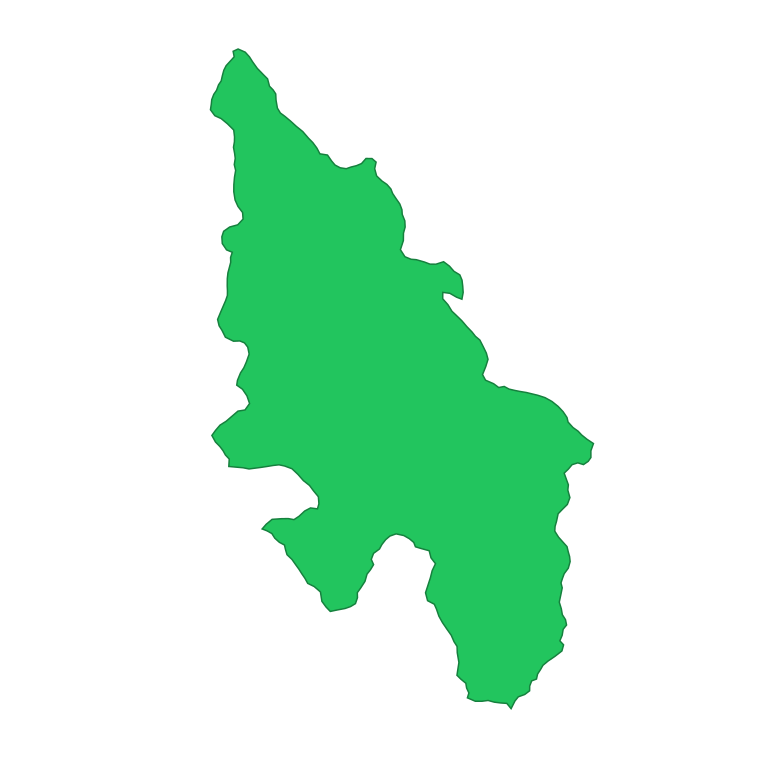 Santa Rita de Caldas, Minas Gerais, Brazil (Mercator projection), rotated 288°
{"feature_id": "56859067B49411657296568", "entity_name": "Santa Rita de Caldas", "entity_type": "district", "adm_level": 2, "iso_a3": "BRA", "parent_name": "Brazil", "parent_adm1": "Minas Gerais", "projection": "mercator", "projection_center": [-46.273, -22.019], "detail": "fine", "context": "isolated", "style": "filled", "palette": "green", "viewbox_px": 768, "rotation_deg": 288, "n_neighbors": 0, "source": "geoboundaries", "source_scale": "gbopen_adm2", "svg_char_len": 4119}
<svg xmlns="http://www.w3.org/2000/svg" viewBox="0 0 768 768"><g transform="rotate(288 384 384)"><path d="M114.5,605.2L123.0,606.5L128.0,608.4L132.2,613.8L137.2,617.3L141.8,615.9L147.3,616.2L150.5,620.2L155.6,619.7L160.8,621.1L165.6,622.1L171.3,625.7L177.6,630.6L185.1,635.7L191.4,635.4L194.1,630.6L200.1,631.1L206.1,630.2L211.2,632.1L216.0,629.4L219.7,624.9L225.0,622.1L230.7,618.1L238.2,617.3L245.2,616.5L249.5,613.8L254.4,613.8L259.3,614.0L265.8,616.2L272.6,615.9L277.3,613.8L281.3,611.1L285.9,608.3L288.5,603.8L292.3,597.3L296.8,591.9L301.4,590.7L306.7,590.5L314.4,589.7L320.3,592.6L326.1,595.6L333.4,595.9L339.9,591.6L345.1,590.5L349.7,586.9L354.9,582.9L360.2,585.7L365.4,587.8L368.9,592.7L369.0,598.6L373.5,602.1L378.0,603.5L384.4,601.4L392.1,601.6L394.2,594.0L396.7,587.5L399.1,583.2L401.0,577.2L404.7,570.8L408.7,568.4L413.0,562.9L416.5,556.5L419.3,549.1L420.8,541.3L420.8,533.7L420.3,527.3L419.9,522.0L419.0,516.1L418.3,510.4L417.8,504.5L418.8,499.1L416.1,494.2L418.1,488.3L419.0,479.4L423.4,474.8L432.1,475.4L439.6,475.3L445.0,471.8L450.1,466.9L455.4,461.6L457.6,456.2L460.7,451.6L464.2,445.0L468.2,438.5L471.1,432.6L474.2,426.1L479.1,420.4L483.2,413.5L489.3,411.6L490.6,418.6L489.0,426.2L488.7,431.9L495.5,431.0L501.5,428.6L506.9,426.1L511.2,422.4L512.8,415.7L516.3,409.9L518.7,402.9L514.0,396.4L512.2,390.7L512.5,384.8L512.2,376.2L511.0,371.2L511.5,364.6L516.8,358.1L526.4,358.1L533.5,355.9L539.8,355.6L545.6,353.4L551.0,348.9L555.3,347.2L560.1,343.4L564.1,338.1L567.8,333.4L571.6,330.3L574.7,325.1L576.4,319.4L579.6,312.7L585.9,308.6L592.6,307.9L594.7,302.9L592.9,297.2L586.7,294.5L583.1,290.3L580.1,285.5L577.1,281.6L576.1,275.5L577.1,269.8L579.8,265.4L584.3,259.5L583.1,251.9L587.6,247.3L591.6,241.7L594.4,236.3L599.0,228.7L601.9,221.1L605.2,213.8L607.9,207.1L609.7,201.7L613.4,197.4L620.6,193.6L626.4,191.4L629.4,187.7L631.8,183.1L638.2,179.0L641.5,172.6L645.0,166.0L649.7,159.6L653.5,155.0L656.7,149.5L657.5,141.7L653.8,137.7L648.9,140.4L643.5,138.0L638.0,135.5L632.9,134.7L627.2,135.0L621.9,135.5L617.4,134.2L611.6,134.0L606.9,132.6L601.2,132.3L596.7,133.3L591.2,134.2L586.9,140.2L586.1,147.1L583.1,154.7L579.1,162.6L572.8,165.5L568.1,166.9L562.6,167.7L557.1,170.7L552.6,172.8L546.4,173.8L541.3,176.9L534.5,177.9L527.2,179.6L520.5,181.7L513.0,185.5L507.7,190.3L503.4,196.5L497.3,199.0L490.2,195.7L485.6,188.7L479.7,184.3L473.9,184.3L467.6,186.8L462.9,192.8L462.4,199.0L456.9,199.0L452.4,200.6L447.3,200.9L441.6,201.2L435.8,202.4L428.8,204.6L424.3,206.3L419.8,207.7L414.3,207.6L402.8,206.5L394.0,205.8L388.4,209.2L385.0,213.3L379.5,218.7L378.2,227.6L380.4,233.6L380.0,238.6L377.0,243.0L370.8,246.5L362.5,246.3L356.2,245.7L350.2,244.1L342.2,243.5L337.4,244.3L335.3,251.0L330.4,257.3L323.9,262.2L316.3,259.8L313.1,253.5L305.6,248.9L299.8,245.4L294.3,240.8L287.8,238.1L281.9,236.2L276.8,241.6L273.8,247.3L270.8,251.6L267.5,255.1L264.8,260.0L257.6,261.9L259.2,268.9L260.8,275.9L261.5,281.9L263.7,286.5L266.5,292.4L269.5,298.4L272.3,303.8L274.7,309.1L275.3,314.8L275.0,322.6L271.5,330.0L267.2,337.2L264.5,344.5L260.8,349.7L256.5,356.4L250.0,359.1L244.7,359.3L243.4,352.4L238.7,347.8L232.0,344.1L227.2,340.3L226.4,334.5L224.2,328.1L220.7,319.4L214.2,315.3L208.5,312.9L208.2,318.1L207.1,323.6L203.6,327.8L201.1,333.4L200.1,339.1L195.9,341.6L191.7,344.5L188.7,350.7L184.8,355.9L181.6,360.3L178.1,364.5L174.8,368.8L170.8,373.1L169.8,380.2L166.6,387.8L158.1,392.1L154.0,397.8L151.1,403.2L154.5,409.1L158.5,416.4L162.0,421.0L166.3,424.7L172.6,424.8L177.3,423.1L182.6,424.8L190.4,426.9L197.9,426.6L203.4,428.6L209.0,429.9L213.3,426.1L219.7,426.4L225.7,430.7L230.7,431.6L236.5,433.7L241.2,436.6L245.2,441.8L246.0,449.7L244.7,455.9L242.5,461.3L238.9,464.2L239.0,470.0L239.4,478.5L233.2,482.4L229.0,488.5L221.4,487.5L213.9,488.0L204.9,488.0L198.3,488.0L191.4,492.4L190.1,499.9L186.1,503.5L180.1,508.0L175.1,513.4L170.6,519.2L165.8,525.6L160.5,530.3L157.0,534.6L151.1,536.7L142.3,541.3L134.3,542.6L129.5,543.4L127.0,548.4L124.7,554.3L120.4,556.5L116.4,560.2L111.3,560.3L110.5,568.8L112.5,575.1L115.2,580.8L115.5,587.2L116.7,593.5L118.2,599.5L114.5,605.2Z" fill="#22c55e" stroke="#15803d" stroke-width="1.5"/></g></svg>